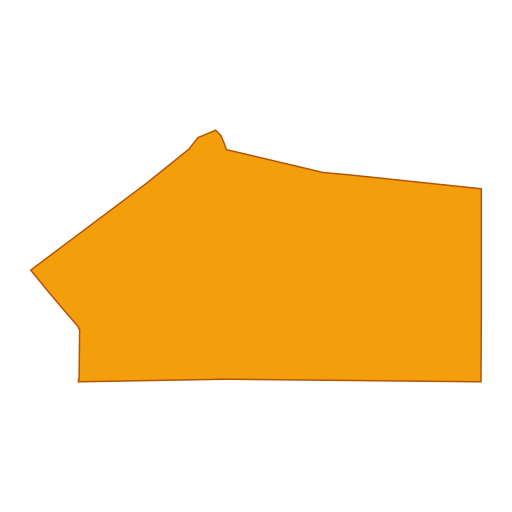 Amourj, Hodh ech Chargui, Mauritania (Equal Earth projection)
{"feature_id": "47542326B9245180339851", "entity_name": "Amourj", "entity_type": "district", "adm_level": 2, "iso_a3": "MRT", "parent_name": "Mauritania", "parent_adm1": "Hodh ech Chargui", "projection": "equal_earth", "projection_center": [-7.235, 15.827], "detail": "fine", "context": "isolated", "style": "filled", "palette": "amber", "viewbox_px": 512, "rotation_deg": 0, "n_neighbors": 0, "source": "geoboundaries", "source_scale": "gbopen_adm2", "svg_char_len": 424}
<svg xmlns="http://www.w3.org/2000/svg" viewBox="0 0 512 512"><path d="M323.5,172.6L232.6,151.1L226.5,149.7L224.3,143.6L220.9,135.6L215.7,130.2L198.0,137.6L188.8,149.2L159.4,172.9L149.1,181.2L146.7,183.1L30.7,270.1L49.5,293.1L78.7,327.4L78.7,328.5L79.6,329.6L79.1,379.4L78.5,379.4L78.4,381.8L225.3,379.2L481.0,381.8L481.3,319.9L481.3,188.8L346.7,174.6L323.5,172.6Z" fill="#f59e0b" stroke="#b45309" stroke-width="1.5"/></svg>